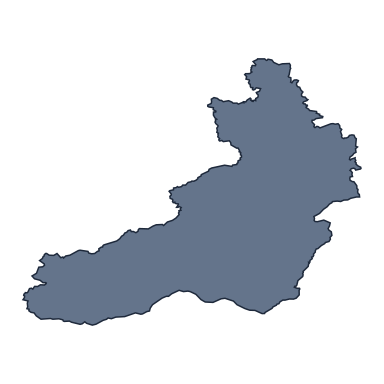 outline of Chita
{"feature_id": "RUS-2610", "entity_name": "Chita", "entity_type": "Region", "adm_level": 1, "iso_a3": "RUS", "parent_name": "Russia", "parent_adm1": "", "projection": "equal_earth", "projection_center": [116.487, 53.771], "detail": "fine", "context": "isolated", "style": "filled", "palette": "slate", "viewbox_px": 384, "rotation_deg": 0, "n_neighbors": 0, "source": "natural_earth", "source_scale": "10m", "svg_char_len": 5976}
<svg xmlns="http://www.w3.org/2000/svg" viewBox="0 0 384 384"><path d="M183.5,291.6L179.1,290.3L171.6,293.8L168.6,296.3L166.3,296.3L162.1,298.1L152.5,304.7L150.2,308.2L149.5,311.0L146.8,311.6L142.6,313.9L140.8,314.2L135.4,312.9L124.7,316.6L115.8,317.1L111.4,318.7L108.1,318.0L106.5,319.3L103.2,320.3L96.0,324.2L92.3,325.1L86.6,323.3L84.8,321.8L82.2,323.8L80.1,324.3L71.5,322.2L69.4,321.1L64.3,321.4L63.3,321.0L62.8,319.8L58.9,318.8L52.8,319.2L50.4,318.5L41.0,319.2L36.3,315.9L34.1,312.9L31.0,312.3L28.9,310.8L29.0,309.2L26.9,308.7L27.7,306.8L27.3,303.2L28.0,301.0L23.0,299.7L24.4,297.7L24.6,296.0L23.7,295.4L24.0,294.1L25.0,293.4L25.3,292.6L27.0,292.8L27.8,292.2L29.5,288.6L31.4,288.2L32.8,289.1L34.6,286.4L37.7,286.5L40.4,284.8L44.5,285.0L46.0,283.8L46.3,283.1L45.7,282.6L43.0,282.7L40.1,280.3L34.5,278.8L32.0,276.0L36.5,273.3L38.8,267.2L42.7,266.8L44.5,265.3L44.2,263.9L39.6,260.6L42.4,258.5L43.2,256.5L44.1,256.0L44.3,254.7L45.6,253.5L46.7,253.5L49.2,255.2L53.8,255.4L57.0,253.5L60.8,257.7L62.9,257.0L63.6,258.0L65.7,256.0L69.9,255.2L78.3,250.6L80.0,250.2L88.0,251.4L88.7,253.0L91.6,253.8L94.7,253.5L97.4,251.4L99.1,250.8L98.8,248.8L101.3,247.1L102.6,247.0L103.0,245.6L103.9,244.9L116.7,241.0L119.8,238.7L121.6,236.2L123.5,235.1L124.8,233.0L126.7,232.3L128.1,230.6L130.4,230.0L131.3,231.6L133.3,231.5L135.9,232.7L138.0,231.3L138.3,229.8L139.3,228.6L148.3,228.9L153.0,226.1L156.2,224.8L162.4,224.5L163.6,225.5L167.4,222.0L172.4,220.4L175.9,218.1L179.1,214.6L178.5,213.0L179.2,211.9L178.9,210.8L180.9,210.3L180.2,209.0L181.2,207.5L179.1,206.6L178.1,207.3L176.6,207.3L178.3,204.7L178.3,203.9L175.9,203.6L174.9,203.0L174.8,202.2L173.3,202.7L172.5,201.5L172.9,200.2L172.5,199.3L170.2,198.4L169.9,196.3L171.2,195.0L171.3,194.0L169.1,191.3L169.7,190.7L173.5,189.8L173.6,188.0L176.2,187.6L177.4,186.6L178.6,187.3L181.5,186.6L182.7,185.1L185.6,185.1L188.1,182.4L191.0,181.8L191.8,181.1L193.9,181.2L196.2,180.1L197.8,178.7L197.9,177.6L201.0,176.0L201.3,174.6L208.5,171.2L209.1,169.3L211.7,168.0L224.6,165.2L231.9,166.4L232.6,165.1L236.8,164.5L237.0,163.4L238.0,162.7L238.0,160.9L240.5,159.6L240.1,158.1L241.5,157.1L241.4,155.4L240.5,154.8L240.7,152.8L240.3,152.8L240.2,152.0L239.1,151.7L239.5,150.6L238.1,148.1L236.6,148.1L231.0,144.9L230.7,142.6L229.3,140.8L223.3,141.6L221.9,140.5L219.7,141.0L219.1,140.5L218.8,139.8L219.6,138.7L217.8,136.8L218.2,135.1L217.9,134.1L218.4,133.2L216.8,132.3L217.3,130.5L216.8,128.1L217.9,126.7L218.0,125.6L215.8,123.6L215.0,122.0L215.6,121.2L215.4,119.8L216.7,119.2L215.0,118.0L213.4,115.1L213.5,112.0L215.7,112.0L215.9,111.2L213.2,109.6L213.4,107.7L209.0,107.0L207.8,106.4L207.7,105.1L211.2,103.5L211.6,101.8L211.3,99.2L214.0,97.6L217.3,98.4L219.7,100.3L221.5,100.4L223.2,101.7L228.6,100.7L231.9,102.1L233.2,103.2L237.0,103.1L238.3,104.1L242.2,102.6L243.6,102.7L243.1,102.0L243.6,101.7L245.8,101.9L247.2,100.0L250.2,98.1L251.0,98.9L250.7,100.2L252.1,100.5L252.1,101.3L253.2,101.4L253.5,100.6L254.3,100.1L255.7,100.6L255.7,98.5L257.7,97.4L258.2,96.2L258.0,94.6L256.8,93.7L256.3,92.5L259.5,91.2L260.6,88.6L256.2,87.8L254.9,89.4L253.4,90.0L252.5,89.6L252.8,87.6L251.0,87.6L250.4,86.7L250.1,84.2L249.2,83.9L248.5,82.6L249.5,80.8L249.2,79.9L246.0,79.1L246.6,76.6L244.7,74.6L245.6,73.7L249.7,73.6L251.9,72.0L251.0,71.4L250.9,69.6L251.5,68.9L251.1,67.8L251.9,67.1L251.8,66.1L252.5,65.4L255.4,65.7L255.8,64.6L253.1,61.5L257.3,59.5L257.5,58.9L264.7,58.9L266.4,60.4L267.2,60.2L268.0,59.2L271.9,60.0L273.7,62.4L278.9,64.8L282.3,63.8L289.4,63.5L290.4,65.2L290.2,67.4L290.7,68.4L290.1,69.5L289.1,74.9L288.3,76.4L288.6,77.0L290.8,77.7L291.0,80.8L290.6,82.1L291.9,82.8L293.5,80.5L294.5,80.0L296.7,79.9L298.4,80.6L297.9,81.9L296.7,82.8L296.5,84.8L297.5,86.6L299.7,87.3L301.0,90.2L302.9,92.0L301.5,94.0L301.6,96.0L303.0,96.9L305.2,97.1L306.7,99.1L307.9,99.6L307.1,100.5L303.5,101.9L302.8,103.0L303.7,103.8L305.2,103.9L305.7,104.9L307.3,105.2L307.4,105.9L306.4,106.5L306.1,107.6L308.6,109.1L309.6,110.5L316.5,111.5L316.8,112.7L316.4,113.2L319.7,114.3L319.4,115.1L319.7,115.6L322.8,116.5L322.5,117.7L316.0,118.6L314.0,120.1L312.1,120.3L312.0,122.0L314.5,124.6L313.9,126.7L315.0,127.6L316.8,126.4L318.1,126.6L320.0,127.9L330.9,123.8L333.1,123.6L335.2,124.2L338.1,123.7L339.7,125.6L339.9,128.0L341.7,129.4L340.5,131.6L341.9,135.3L341.5,136.8L342.2,137.9L343.9,138.6L344.4,138.0L346.4,138.0L348.3,137.1L349.4,135.4L351.9,134.9L354.0,135.2L355.1,137.8L356.3,138.7L355.6,146.1L357.5,147.0L355.5,148.7L356.0,152.3L353.9,153.4L352.5,155.3L349.9,157.1L349.5,159.5L350.5,160.0L351.4,159.1L355.1,157.8L355.0,159.0L355.8,160.4L355.0,161.8L356.2,162.9L356.0,164.2L358.3,166.1L360.7,167.2L361.0,168.4L360.5,169.0L355.7,170.1L354.8,168.6L353.6,168.2L351.3,168.7L350.0,170.4L351.2,171.1L352.3,172.7L351.9,174.2L352.5,176.5L350.2,176.9L349.8,178.3L350.1,180.3L352.3,181.6L353.9,181.7L356.8,185.7L356.9,188.6L358.0,189.4L357.6,192.0L358.2,193.6L359.3,194.4L359.6,197.0L356.4,197.0L350.7,198.3L347.8,199.9L343.8,200.1L340.7,201.5L337.2,201.1L332.4,201.6L331.9,202.7L329.4,204.1L327.2,206.7L323.5,209.3L319.6,213.4L313.9,216.5L314.5,218.5L314.1,220.5L315.1,221.5L317.4,221.7L323.8,220.1L330.2,222.9L329.5,225.9L328.1,228.6L328.8,230.0L331.3,231.8L331.9,235.4L330.0,237.4L330.4,239.2L329.0,241.5L325.4,242.5L324.7,243.6L321.4,245.5L317.8,248.7L316.3,248.9L315.3,250.8L315.3,252.1L313.5,254.0L313.7,255.4L313.0,256.7L311.7,257.1L312.2,258.7L310.0,260.4L309.9,262.1L308.6,262.2L309.2,263.4L308.6,263.9L308.2,266.4L303.1,271.4L303.3,272.6L302.6,273.5L303.1,274.8L302.7,276.5L297.9,280.6L296.8,285.2L296.0,286.2L294.7,286.3L294.3,287.2L297.1,288.3L299.5,288.3L299.8,289.0L299.1,290.3L299.2,294.9L296.2,298.2L293.5,299.1L289.5,299.0L285.1,300.1L282.8,300.1L279.9,301.9L278.9,303.7L276.9,304.2L276.4,305.2L273.0,306.9L272.0,308.4L265.0,312.5L264.6,313.5L262.1,313.6L255.0,310.4L249.7,310.2L245.0,308.6L237.0,304.7L233.5,301.1L225.0,298.3L221.1,298.8L213.0,302.4L205.2,302.0L201.0,299.6L195.9,294.3L190.2,291.6L187.9,291.1L183.5,291.6Z" fill="#64748b" stroke="#1e293b" stroke-width="1.5"/></svg>